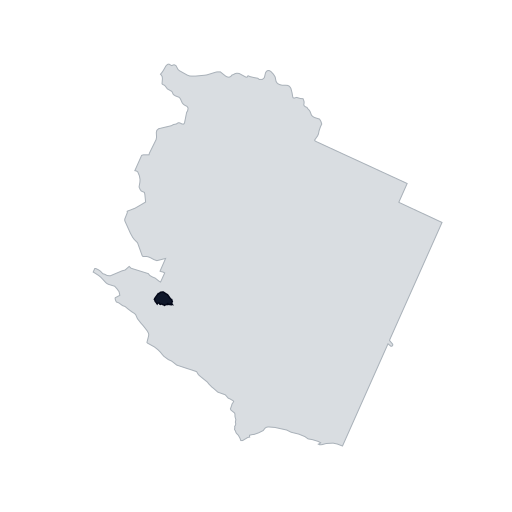 Abu Hujar, Sennar, Sudan shown in context, rotated 114°
{"feature_id": "16777658B38113510529879", "entity_name": "Abu Hujar", "entity_type": "district", "adm_level": 2, "iso_a3": "SDN", "parent_name": "Sudan", "parent_adm1": "Sennar", "projection": "robinson", "projection_center": [34.02, 12.663], "detail": "fine", "context": "in_parent", "style": "filled", "palette": "ink", "viewbox_px": 512, "rotation_deg": 114, "n_neighbors": 0, "source": "geoboundaries", "source_scale": "gbopen_adm2", "svg_char_len": 4942}
<svg xmlns="http://www.w3.org/2000/svg" viewBox="0 0 512 512"><g transform="rotate(114 256 256)"><path d="M336.9,398.2L333.0,398.2L332.6,397.2L332.7,394.3L333.1,392.1L334.5,388.7L334.2,386.8L334.4,384.1L333.4,381.1L324.0,372.3L322.1,369.9L317.1,367.6L318.0,365.2L315.9,347.2L317.0,345.1L317.3,341.9L317.2,339.2L318.4,334.6L318.6,332.6L308.6,332.5L308.5,334.5L308.9,336.7L308.9,337.5L295.0,337.6L300.6,344.7L300.8,347.8L300.5,351.6L300.6,354.1L300.9,355.7L302.4,358.9L302.3,359.5L301.9,360.2L292.1,369.6L290.4,374.0L289.1,376.3L286.2,380.1L277.2,390.2L275.7,390.9L268.9,391.2L268.2,391.4L267.6,391.9L267.4,391.8L261.5,385.9L251.6,378.8L245.1,382.5L243.3,383.8L243.3,387.3L242.3,389.0L240.5,390.9L235.7,392.1L233.2,393.1L230.2,395.1L227.2,398.3L227.0,400.0L227.3,401.4L210.6,401.4L209.5,400.2L207.1,394.9L205.4,395.2L190.3,394.6L188.1,395.1L183.7,397.3L181.5,397.7L179.3,396.7L171.3,386.2L169.6,385.0L167.8,382.5L166.1,381.4L165.6,380.6L165.4,379.5L165.5,377.2L164.9,375.7L163.6,375.4L152.9,377.8L151.4,377.5L149.1,378.0L148.3,378.4L147.4,379.8L147.2,382.7L146.9,384.1L146.1,385.7L143.0,389.2L142.3,390.8L142.5,394.7L142.2,396.7L141.8,397.6L140.4,399.1L139.9,399.9L139.4,404.9L137.7,408.0L137.3,409.0L137.2,411.2L136.9,411.9L132.1,413.6L130.2,414.7L129.1,416.4L128.8,417.2L126.8,416.6L124.1,416.1L119.0,415.6L117.0,414.8L116.1,413.6L116.4,410.6L115.9,409.9L115.1,409.4L114.5,408.1L114.7,406.5L117.4,403.0L117.9,401.1L118.7,392.3L118.5,389.6L116.4,384.7L111.6,376.2L110.5,374.5L104.4,367.5L103.7,366.5L102.3,363.5L104.0,357.0L104.1,355.2L103.7,353.4L102.2,352.0L100.8,351.8L99.0,350.1L97.9,349.3L96.8,347.8L96.1,345.6L96.7,338.0L96.4,337.0L94.8,336.7L94.5,336.2L94.6,334.7L93.8,330.3L92.9,326.7L93.4,324.8L92.1,322.0L89.7,320.9L84.8,321.8L83.3,321.6L82.2,321.1L81.5,320.1L81.2,318.9L81.5,317.2L82.9,313.9L84.7,311.3L88.2,308.8L89.2,307.5L89.7,306.1L89.8,304.5L89.6,302.7L89.2,301.1L88.2,299.0L87.3,296.6L87.3,294.9L87.8,293.7L88.7,292.3L92.2,289.5L95.8,287.1L96.4,286.3L96.2,285.3L94.6,283.4L94.1,279.6L93.2,277.0L95.1,275.1L96.4,274.4L98.5,273.8L99.3,272.9L99.6,271.4L99.5,269.9L100.3,268.8L101.3,266.4L102.1,265.3L104.9,262.5L105.5,260.7L105.7,258.9L105.1,253.6L106.7,251.4L108.7,249.6L111.6,249.7L116.0,249.3L119.1,248.6L121.2,248.6L126.2,249.6L126.7,249.2L127.0,247.8L128.3,147.4L148.7,147.4L148.9,147.2L149.7,99.7L277.9,99.8L278.9,99.6L281.0,95.2L281.8,94.8L283.1,95.1L283.6,96.1L282.5,99.7L394.4,99.7L394.7,105.2L395.6,109.5L398.8,115.7L401.5,119.0L402.5,120.9L402.6,121.7L402.5,122.5L401.6,121.6L400.3,121.0L400.1,123.9L400.8,129.8L401.9,134.0L401.1,137.9L401.3,144.4L402.7,152.2L402.5,157.2L404.9,168.9L407.2,175.4L408.4,177.0L409.8,177.8L412.5,178.4L416.5,181.7L419.7,185.1L420.8,187.0L422.4,189.0L423.4,188.6L424.0,188.1L425.1,189.7L430.1,193.2L430.8,194.8L429.1,196.4L427.0,199.1L426.0,201.6L425.5,202.4L423.8,204.0L423.5,204.8L422.8,205.3L422.0,205.3L420.3,206.2L418.8,205.9L417.2,206.4L416.7,207.0L415.4,207.5L413.8,207.8L411.2,209.9L408.9,211.0L408.1,211.8L407.0,216.1L406.1,217.2L402.7,217.4L401.1,217.7L398.9,217.3L397.8,217.3L397.5,218.2L397.1,221.9L397.2,223.5L395.3,227.6L395.9,235.5L394.1,241.3L393.8,242.7L392.0,247.3L391.0,249.0L388.7,257.7L387.8,260.4L385.8,263.2L387.9,284.0L386.3,290.4L386.3,293.9L385.2,299.1L384.2,301.4L382.7,304.3L381.5,307.5L380.4,311.7L379.7,319.7L379.3,320.5L373.3,321.5L371.4,322.0L370.2,322.9L368.6,325.0L365.6,330.6L364.0,334.1L361.5,338.8L358.5,342.1L357.9,343.8L357.5,346.8L356.4,351.6L355.4,355.0L355.6,357.7L354.6,362.5L354.8,364.8L353.8,366.1L352.4,367.3L351.4,367.6L347.3,364.4L344.3,366.6L342.5,369.7L341.1,372.8L341.9,379.4L341.8,380.9L341.4,382.4L338.6,388.9L337.8,391.8L337.0,397.0L336.9,398.2Z" fill="#d9dde1" stroke="#a8b0b8" stroke-width="1"/><path d="M340.0,326.8L339.9,326.8L339.6,326.8L339.2,326.5L338.6,326.0L338.4,325.8L338.4,325.6L338.3,325.4L338.4,325.1L338.7,324.7L339.1,324.3L339.1,324.0L339.1,323.6L338.9,323.4L338.5,323.1L338.2,322.7L338.2,322.3L338.2,322.0L338.3,321.5L338.3,321.2L338.2,320.9L338.2,320.7L338.0,320.4L338.0,320.0L338.2,319.9L338.4,319.6L338.2,319.4L337.8,319.2L337.5,318.9L337.2,318.7L336.8,318.1L336.6,317.7L336.4,317.4L336.3,317.0L335.9,316.8L335.4,317.4L335.2,317.1L335.4,316.7L335.6,316.3L335.7,316.1L335.7,315.6L335.5,315.4L335.1,315.0L334.9,314.9L334.9,314.5L335.0,314.4L335.2,313.9L335.1,313.6L334.6,313.3L334.4,313.2L334.2,312.9L334.2,312.7L334.1,312.8L334.1,313.0L334.1,313.3L334.0,313.6L333.8,313.9L331.4,314.0L330.7,315.1L330.1,315.3L330.2,315.7L329.9,316.5L329.5,317.4L329.1,318.1L328.4,319.2L327.6,320.6L327.3,321.1L327.4,321.3L327.3,321.7L327.0,323.7L326.6,326.1L327.1,327.1L328.1,328.6L329.9,329.2L330.0,330.0L331.5,330.3L333.3,330.7L334.8,331.0L335.5,331.1L335.8,331.2L336.6,331.2L337.0,331.2L337.2,330.7L337.5,330.5L337.6,330.4L337.9,330.0L338.0,329.9L338.5,329.6L338.7,329.2L338.8,328.8L338.9,328.6L339.0,328.4L339.3,327.9L339.6,327.5L339.7,327.4L339.9,327.0L340.0,326.8Z" fill="#0f172a" stroke="#020617" stroke-width="1.5"/></g></svg>